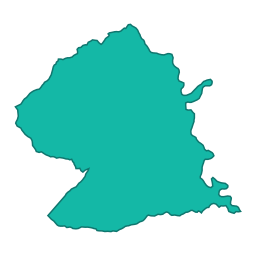 the district of Santa Helena de Goiás, Goiás, Brazil
{"feature_id": "56859067B47067738427104", "entity_name": "Santa Helena de Goiás", "entity_type": "district", "adm_level": 2, "iso_a3": "BRA", "parent_name": "Brazil", "parent_adm1": "Goiás", "projection": "albers", "projection_center": [-50.546, -17.788], "detail": "fine", "context": "isolated", "style": "filled", "palette": "teal", "viewbox_px": 256, "rotation_deg": 0, "n_neighbors": 0, "source": "geoboundaries", "source_scale": "gbopen_adm2", "svg_char_len": 4533}
<svg xmlns="http://www.w3.org/2000/svg" viewBox="0 0 256 256"><path d="M130.5,24.4L128.3,24.7L125.7,28.5L124.3,28.1L123.1,29.1L121.8,30.2L120.7,31.2L118.6,31.8L116.3,31.6L114.5,31.8L111.8,32.4L109.3,32.9L108.1,33.9L109.3,35.1L108.5,36.4L106.8,37.6L105.5,38.6L104.7,40.1L103.8,41.3L102.5,43.2L101.1,44.4L99.0,42.8L97.1,40.5L94.5,40.2L92.5,39.9L90.6,41.2L88.3,42.2L86.9,44.9L85.3,44.8L83.0,45.4L80.9,47.4L78.6,47.7L77.1,49.3L77.6,51.6L77.5,53.6L75.7,54.4L73.7,55.5L72.2,57.0L69.5,57.8L67.5,57.8L65.3,58.4L63.0,59.6L61.0,59.1L58.4,59.1L58.1,60.8L56.5,62.1L55.8,64.2L54.3,65.0L53.3,66.8L52.6,69.8L52.1,71.6L51.2,74.9L50.0,77.0L49.0,79.0L47.2,80.8L44.5,82.3L43.6,83.9L42.4,85.1L41.0,87.2L39.4,89.1L36.8,89.6L33.6,90.9L31.5,92.2L29.8,93.5L28.3,95.4L26.5,97.5L24.5,98.9L23.0,100.8L22.1,102.4L20.8,104.2L18.5,105.3L15.4,106.8L17.7,109.9L17.9,112.0L18.3,116.2L17.4,119.5L16.2,121.7L15.7,123.2L17.2,126.1L19.6,127.4L20.9,128.1L21.8,130.0L23.3,131.9L25.1,134.3L27.8,136.5L30.8,138.2L32.1,140.6L32.4,142.6L32.6,145.6L34.1,147.5L35.6,149.7L36.3,151.5L39.1,152.4L41.4,151.8L44.2,153.7L46.2,154.9L48.9,155.9L50.6,156.8L52.4,156.6L54.2,156.8L56.6,158.1L59.4,157.5L63.3,158.1L65.9,158.9L68.3,159.1L69.8,159.8L71.7,159.3L72.7,161.6L73.8,162.8L74.2,164.3L75.5,166.6L76.0,168.6L78.3,168.6L79.8,168.3L81.0,170.7L82.9,172.1L85.1,170.2L88.8,168.6L88.1,170.6L87.0,172.2L85.8,174.0L85.1,176.5L84.0,177.9L82.5,180.0L80.6,182.0L78.8,183.3L77.4,185.3L76.1,186.9L74.4,187.6L71.4,189.1L69.8,190.9L68.1,192.0L66.3,193.7L65.3,195.6L47.9,215.6L49.0,216.7L50.2,218.0L51.3,219.2L53.9,221.1L55.4,222.9L57.1,224.9L58.5,225.8L60.1,226.1L62.8,226.1L64.7,225.9L66.8,227.5L68.4,227.3L70.0,227.0L71.6,227.6L72.9,228.5L75.9,228.8L78.2,228.5L81.5,226.9L85.4,227.2L87.6,227.1L90.7,227.6L92.5,228.0L94.1,228.6L95.9,228.8L97.0,230.5L98.9,230.8L102.1,230.9L104.8,231.5L107.7,231.3L111.0,231.6L112.9,230.9L114.6,231.1L116.6,231.4L119.6,229.5L121.5,228.8L123.6,227.6L125.2,226.4L127.1,225.9L128.8,225.7L131.1,224.8L134.7,224.3L136.8,223.8L139.8,221.8L141.3,221.4L142.8,220.8L144.0,219.8L145.0,218.7L145.9,217.5L147.0,216.0L148.3,215.1L150.9,215.8L154.6,216.0L158.0,214.3L160.6,214.6L162.8,214.2L164.4,213.0L166.3,212.0L167.8,212.3L169.1,213.2L170.4,214.6L171.8,215.3L174.8,215.0L177.5,215.6L179.8,215.8L181.4,214.6L183.1,214.0L185.8,212.3L187.7,212.1L189.5,211.3L190.8,210.4L192.5,210.4L193.9,211.2L195.6,212.1L197.3,212.2L198.3,211.0L199.8,211.5L201.4,212.9L202.7,210.9L204.9,209.0L206.8,207.6L208.8,207.4L209.5,205.9L211.3,204.1L213.7,203.4L215.9,204.0L217.0,205.0L219.1,207.2L221.0,205.8L223.4,206.0L225.9,205.6L227.9,208.5L228.3,210.1L228.9,211.5L231.3,212.5L234.1,213.3L236.0,211.6L238.5,211.8L240.6,211.4L239.6,210.0L238.4,207.4L236.7,206.2L232.0,205.6L230.5,204.1L230.6,201.6L231.1,199.6L231.3,198.0L230.3,196.4L227.7,196.0L223.8,196.7L221.5,196.7L219.9,196.0L218.7,194.4L219.2,191.2L220.3,189.7L222.0,188.9L224.7,189.0L226.5,188.6L227.9,187.0L227.8,185.4L225.3,183.4L223.2,183.1L221.1,182.8L218.4,181.9L216.9,181.2L215.0,179.2L212.9,177.5L211.5,178.9L212.2,182.0L212.5,183.8L212.7,186.2L211.0,187.6L208.5,187.0L206.5,185.5L204.7,183.1L203.7,181.3L202.3,179.4L200.3,178.0L200.3,176.3L201.4,173.8L202.1,170.5L202.1,167.3L202.8,164.7L203.4,163.2L204.2,160.4L205.2,159.3L208.0,159.3L210.6,158.6L212.3,157.5L213.9,155.8L213.1,153.8L212.1,152.6L210.2,151.5L208.3,150.4L206.4,150.8L204.6,149.3L204.0,147.5L203.1,145.3L201.3,143.8L200.0,142.9L198.6,142.0L196.5,139.4L195.9,137.5L194.4,136.6L192.4,135.6L191.1,134.1L190.8,131.5L191.1,129.7L191.9,127.8L193.1,124.0L194.0,121.5L194.0,119.9L194.4,118.1L194.4,113.8L192.9,112.4L191.0,109.9L188.0,110.1L186.0,109.4L185.7,105.4L185.7,102.9L187.7,102.0L189.8,102.4L191.3,102.3L193.7,101.4L197.2,99.8L199.2,98.4L200.5,95.7L201.7,93.4L202.1,90.6L202.5,88.2L203.4,86.9L205.2,85.8L206.9,85.8L209.8,85.8L211.5,84.7L212.1,82.9L212.1,81.2L210.5,79.4L207.0,80.1L205.3,80.9L203.8,81.4L202.5,82.7L201.4,84.2L199.7,85.1L197.7,86.5L196.4,88.0L194.4,90.0L193.0,91.5L191.4,93.2L189.0,94.3L186.5,95.3L183.6,95.4L181.8,94.3L180.9,91.1L181.3,88.9L183.3,86.9L183.9,85.1L183.8,83.0L181.2,81.8L179.1,81.0L178.0,78.8L178.3,75.7L179.3,72.3L179.0,70.0L178.0,68.5L176.6,67.8L174.4,66.1L173.5,64.8L172.7,63.2L172.6,60.4L173.1,57.8L171.9,54.4L169.7,53.7L167.9,53.6L166.4,54.1L164.0,54.9L161.6,54.7L158.6,54.0L156.8,53.2L153.2,52.9L151.1,52.4L149.7,51.0L148.8,49.1L147.1,46.3L144.9,43.8L144.4,41.6L143.7,40.2L141.6,38.6L140.4,36.3L140.0,34.8L138.7,32.6L137.7,30.2L136.0,28.1L134.2,27.0L132.2,26.0L130.5,24.4Z" fill="#14b8a6" stroke="#0f766e" stroke-width="1.5"/></svg>